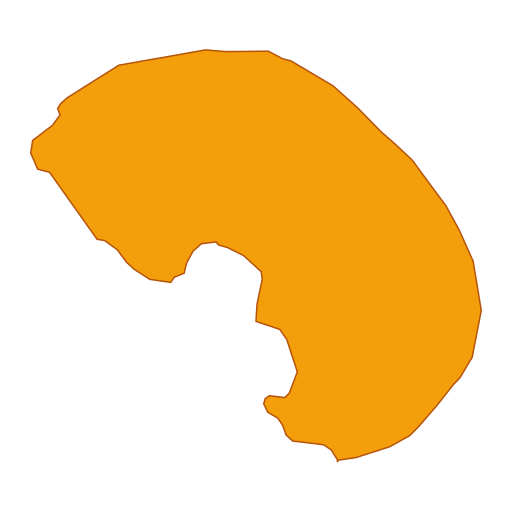 N'Djaména, Ville de N'Djamena, Chad
{"feature_id": "50815135B39277656442366", "entity_name": "N'Djaména", "entity_type": "district", "adm_level": 2, "iso_a3": "TCD", "parent_name": "Chad", "parent_adm1": "Ville de N'Djamena", "projection": "natural_earth1", "projection_center": [15.012, 12.105], "detail": "fine", "context": "isolated", "style": "filled", "palette": "amber", "viewbox_px": 512, "rotation_deg": 0, "n_neighbors": 0, "source": "geoboundaries", "source_scale": "gbopen_adm2", "svg_char_len": 1808}
<svg xmlns="http://www.w3.org/2000/svg" viewBox="0 0 512 512"><path d="M268.3,51.2L225.9,51.6L205.6,49.9L118.8,65.2L67.3,97.7L60.6,103.7L57.6,108.5L59.4,113.2L60.1,114.8L55.5,121.2L54.5,122.6L52.4,125.4L43.9,131.8L41.0,134.1L33.2,140.0L32.6,140.5L31.5,148.1L31.3,149.1L30.7,153.2L31.0,153.9L31.1,154.0L33.8,160.1L35.7,164.7L36.3,165.9L37.7,169.2L39.9,169.7L43.5,170.7L47.1,171.6L49.4,172.2L50.5,173.6L62.6,190.7L64.6,193.5L71.1,202.7L79.0,213.8L97.1,239.3L104.5,240.5L104.8,240.6L112.2,246.1L115.3,248.3L117.3,249.8L120.0,253.4L120.0,253.5L121.1,255.0L122.9,257.3L126.4,262.1L130.0,265.4L134.1,269.3L134.3,269.4L135.1,269.9L149.9,279.4L165.2,281.6L165.9,281.7L168.5,282.1L169.8,282.3L170.8,282.4L174.2,277.3L184.1,273.2L185.0,269.4L185.2,268.8L185.9,266.0L186.7,263.0L188.5,259.6L192.9,251.3L201.4,243.7L212.3,242.4L216.1,242.0L218.6,245.0L227.4,247.5L243.6,255.6L259.6,270.2L261.0,271.4L261.2,271.6L261.8,276.2L262.3,279.2L262.0,280.5L261.9,280.9L260.3,288.4L257.5,301.9L257.1,303.7L256.4,314.1L256.0,321.4L266.6,325.0L268.3,325.5L278.9,329.1L279.8,329.4L283.2,334.4L286.8,339.5L290.1,349.8L294.3,362.5L297.3,371.8L292.9,383.7L289.1,393.4L287.2,395.2L284.7,397.6L282.5,397.3L269.3,395.7L265.9,398.2L265.4,398.5L265.2,398.6L263.7,403.7L267.7,412.2L268.9,412.9L271.4,414.4L277.9,418.2L281.8,424.1L282.6,425.4L283.2,426.8L286.2,435.1L292.8,441.1L294.8,441.3L296.8,441.5L312.7,443.4L313.0,443.4L318.7,444.1L323.6,444.8L331.3,449.9L334.0,454.3L337.4,459.7L337.5,462.1L338.1,460.2L348.3,458.7L355.9,457.6L390.1,446.6L409.7,435.6L418.1,427.2L436.9,405.5L453.3,384.7L460.0,377.7L472.2,357.2L481.3,310.3L481.2,310.0L473.1,261.1L459.4,230.5L445.9,205.7L434.2,190.0L412.4,160.3L395.5,144.4L380.8,131.5L357.8,108.0L333.1,85.9L290.9,60.9L282.8,58.8L268.3,51.2Z" fill="#f59e0b" stroke="#b45309" stroke-width="1.5"/></svg>